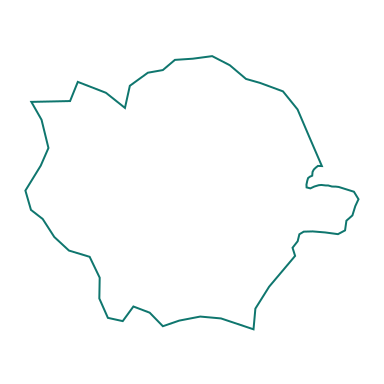 the district of Tseri, Nicosia, Cyprus, rotated 271°
{"feature_id": "46923920B56120235345444", "entity_name": "Tseri", "entity_type": "district", "adm_level": 2, "iso_a3": "CYP", "parent_name": "Cyprus", "parent_adm1": "Nicosia", "projection": "albers", "projection_center": [33.334, 35.064], "detail": "fine", "context": "isolated", "style": "outline", "palette": "teal", "viewbox_px": 384, "rotation_deg": 271, "n_neighbors": 0, "source": "geoboundaries", "source_scale": "gbopen_adm2", "svg_char_len": 1029}
<svg xmlns="http://www.w3.org/2000/svg" viewBox="0 0 384 384"><g transform="rotate(271 192 192)"><path d="M279.3,29.8L261.6,40.3L233.5,47.7L215.7,40.3L190.5,25.4L171.3,31.3L162.4,43.2L144.6,55.1L131.3,70.0L125.4,90.8L104.7,101.2L83.9,101.2L64.7,110.1L61.7,125.0L76.5,135.4L70.6,151.8L57.3,165.2L63.2,181.5L67.6,202.4L66.1,223.2L55.8,255.9L76.5,257.4L98.7,270.8L129.9,296.2L138.0,293.5L144.6,298.5L151.6,300.1L154.3,304.4L154.7,313.4L153.9,325.8L152.4,338.7L156.3,345.7L166.0,346.9L171.4,352.8L180.7,355.5L187.7,358.6L195.1,353.9L199.6,338.6L199.9,335.7L199.9,331.9L200.9,328.1L200.9,325.3L201.3,321.3L201.0,318.6L199.6,314.2L197.7,310.3L198.6,306.5L201.3,306.3L205.0,307.0L207.9,307.8L209.3,309.5L210.4,311.9L214.2,312.2L216.6,313.4L218.5,315.3L220.3,317.5L220.2,321.4L249.8,308.0L276.4,296.1L294.2,281.2L302.3,258.0L306.0,244.0L319.4,227.6L328.2,209.8L325.3,190.5L323.8,172.6L313.4,160.7L310.5,145.8L297.1,128.0L274.9,123.5L289.7,104.2L300.1,75.9L280.8,68.5L279.3,29.8Z" fill="none" stroke="#0f766e" stroke-width="2"/></g></svg>